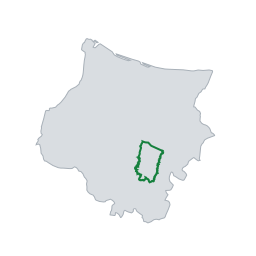 location of Worodougou, Worodougou, Ivory Coast, rotated 204°
{"feature_id": "98640826B81277132888560", "entity_name": "Worodougou", "entity_type": "district", "adm_level": 2, "iso_a3": "CIV", "parent_name": "Ivory Coast", "parent_adm1": "Worodougou", "projection": "mercator", "projection_center": [-6.759, 8.427], "detail": "fine", "context": "in_parent", "style": "outline", "palette": "green", "viewbox_px": 256, "rotation_deg": 204, "n_neighbors": 0, "source": "geoboundaries", "source_scale": "gbopen_adm2", "svg_char_len": 7743}
<svg xmlns="http://www.w3.org/2000/svg" viewBox="0 0 256 256"><g transform="rotate(204 128 128)"><path d="M62.3,56.7L63.1,56.7L65.2,56.1L67.1,54.7L68.8,51.8L71.2,49.4L73.9,49.6L74.7,49.2L75.6,49.1L76.7,50.6L77.9,51.8L78.7,51.8L79.2,54.0L84.1,55.0L86.2,55.6L88.0,57.2L88.6,57.2L89.3,56.9L89.9,56.3L90.0,55.7L89.3,54.2L89.6,52.9L90.4,51.8L91.6,51.7L93.5,51.4L95.7,51.4L97.3,51.6L97.9,50.4L97.3,47.1L97.5,45.3L97.8,43.8L98.4,43.2L100.8,45.1L103.0,45.8L104.6,45.8L105.0,45.5L104.3,43.4L104.5,42.7L105.1,42.4L106.1,42.2L109.0,41.3L109.2,41.5L109.8,44.8L109.5,45.9L110.1,48.1L110.9,50.2L110.8,51.0L110.2,52.3L109.5,53.5L109.6,54.0L110.7,54.8L112.8,55.6L115.1,55.8L116.3,54.6L117.6,53.6L118.5,52.7L118.8,51.4L120.2,50.5L124.2,49.3L127.9,49.1L128.8,49.5L130.5,51.3L132.6,52.5L135.9,52.4L138.2,53.1L140.3,54.5L141.6,57.6L143.1,59.9L143.8,63.1L146.1,64.7L148.0,65.5L150.5,67.8L153.0,69.0L155.7,68.7L157.0,69.9L159.0,70.8L161.0,70.8L162.7,68.2L165.0,67.1L170.9,65.0L173.2,64.0L175.6,63.4L181.2,63.2L186.5,63.9L189.1,64.4L190.9,64.0L192.5,65.3L194.3,67.9L195.7,68.8L197.2,69.7L198.3,71.8L199.5,73.9L200.2,74.8L201.8,76.8L203.2,76.9L204.5,76.0L205.1,75.3L205.3,76.7L204.8,78.9L204.9,80.2L205.7,80.8L205.3,82.5L203.7,85.5L203.7,87.2L205.2,87.8L206.3,89.7L207.0,92.9L207.7,93.9L207.7,94.6L208.8,102.3L210.2,110.1L209.3,111.1L208.1,111.4L207.3,111.7L207.1,112.4L207.6,113.5L207.3,114.5L205.8,115.1L202.5,117.6L202.3,118.6L201.5,120.7L200.7,121.9L199.7,124.3L198.0,130.6L197.4,135.8L197.3,137.4L196.6,138.5L195.9,140.1L192.3,144.5L190.5,148.2L190.8,149.7L190.8,151.3L190.3,152.5L190.4,155.5L190.8,158.1L191.5,160.6L194.0,167.7L195.4,172.1L196.2,175.6L196.9,177.9L197.6,178.8L197.9,179.7L201.7,180.4L202.4,180.9L203.5,185.4L203.3,187.5L202.5,188.3L202.6,190.0L202.4,192.2L201.8,193.0L199.7,193.1L198.3,193.9L196.4,193.6L196.2,193.1L195.2,192.9L192.3,191.7L192.8,187.7L191.5,187.6L190.5,188.1L188.5,192.8L187.5,193.6L173.4,191.2L170.3,189.2L166.7,188.8L160.3,189.0L155.0,189.6L153.5,190.8L166.8,190.1L168.2,190.2L168.9,190.9L152.1,192.5L145.7,193.4L143.8,193.2L142.3,191.6L135.3,191.5L133.9,192.0L133.0,193.1L135.8,192.8L140.1,192.8L141.3,193.6L127.7,194.7L118.3,196.9L114.3,198.4L101.2,203.6L93.2,206.0L91.1,206.9L87.5,209.5L82.8,211.1L77.5,214.0L74.3,214.7L73.6,213.8L73.5,208.7L73.1,202.0L73.3,199.4L73.7,197.0L73.7,195.0L75.3,194.2L75.7,193.4L76.0,190.8L77.4,188.4L77.5,184.2L77.9,183.3L78.3,182.2L77.6,179.5L76.8,174.4L76.4,174.0L76.0,174.3L75.2,174.4L71.9,172.6L69.3,172.3L67.6,170.7L67.4,169.0L66.6,168.0L66.0,166.0L65.1,163.7L62.6,162.3L60.2,162.0L58.5,162.3L56.6,162.2L54.3,161.4L52.8,160.5L51.3,158.9L49.9,157.5L48.9,157.7L47.5,157.4L46.2,156.8L45.8,156.3L51.3,150.9L53.1,148.3L53.3,146.7L53.3,145.1L53.9,143.5L54.1,140.9L51.1,131.7L50.3,128.9L49.5,128.1L49.0,127.8L50.5,126.6L52.6,126.9L55.8,127.8L56.5,126.9L59.0,122.3L58.9,120.5L58.7,119.3L60.1,116.2L61.2,114.9L61.8,113.6L61.6,111.8L60.8,111.1L59.6,111.2L58.3,110.8L56.2,109.8L55.2,108.8L55.5,104.6L55.7,103.3L56.4,102.6L57.5,102.4L60.7,102.2L63.3,102.7L65.6,103.0L66.8,103.0L67.8,104.2L69.1,105.5L70.3,105.5L70.7,104.6L70.4,100.4L69.6,98.2L67.9,96.1L63.4,94.3L63.3,91.8L63.7,89.0L64.7,88.0L68.1,86.3L67.5,85.3L66.4,84.3L64.3,83.3L64.8,80.0L64.9,77.1L63.1,77.4L61.2,77.6L59.7,76.7L58.4,74.9L58.1,70.0L58.1,64.4L57.9,61.9L58.4,60.5L60.0,59.3L61.7,57.7L62.3,56.7ZM194.5,193.7L193.8,194.8L190.2,194.1L191.1,193.2L194.5,193.7Z" fill="#d9dde1" stroke="#a8b0b8" stroke-width="1"/><path d="M87.2,116.1L87.2,116.3L87.0,116.5L87.0,116.8L87.2,117.3L87.1,117.8L86.9,117.9L86.7,118.0L86.4,118.3L86.3,118.7L86.2,118.9L85.9,119.0L85.8,119.3L85.9,119.7L86.1,119.6L86.6,119.6L86.8,119.7L86.9,119.8L87.0,119.9L86.9,120.1L87.0,120.3L87.0,120.8L86.8,121.0L86.9,121.3L87.7,121.3L89.1,121.1L99.3,121.2L99.9,121.3L103.5,122.9L106.1,122.0L107.0,121.8L109.0,121.7L108.9,121.6L109.1,121.3L109.0,120.8L109.1,120.6L109.0,120.1L109.0,119.8L109.1,119.6L109.1,119.0L109.3,118.6L109.1,118.0L109.0,117.5L109.1,117.1L109.4,116.7L109.5,116.4L109.3,116.3L108.7,115.6L108.3,115.6L108.1,115.3L108.0,115.0L108.0,114.8L107.9,114.6L107.9,114.1L107.7,112.6L107.7,112.1L107.5,111.1L107.5,110.6L107.1,109.7L106.8,109.4L106.7,108.9L106.7,108.6L106.6,108.1L106.7,107.8L106.7,107.3L106.7,106.8L106.6,106.4L106.7,106.0L106.4,105.9L106.5,105.8L106.6,105.7L106.8,105.5L106.5,105.5L106.2,105.4L106.5,105.1L106.2,104.5L105.6,104.3L105.2,104.3L104.9,104.4L104.9,104.0L104.8,103.9L104.9,103.7L104.4,103.4L104.5,103.1L104.5,102.9L104.4,102.6L103.8,102.5L103.7,102.4L103.6,102.2L103.8,101.9L104.0,101.7L104.1,101.8L104.2,102.0L104.3,102.1L104.4,101.8L104.6,101.8L104.7,101.4L104.4,101.1L104.4,100.6L104.3,100.2L104.1,100.2L104.1,100.4L103.9,100.2L104.0,100.0L104.3,99.9L104.1,99.7L104.4,99.4L104.1,99.0L104.2,98.7L103.7,99.0L103.4,99.1L103.4,98.8L103.5,98.7L103.8,98.5L104.1,98.4L104.1,98.0L103.8,97.8L103.9,97.6L103.6,97.4L103.5,97.5L103.4,97.6L103.4,97.4L103.3,97.2L103.7,97.3L103.9,97.1L104.1,97.1L104.1,96.9L103.6,96.8L103.6,96.7L103.8,96.2L104.0,96.2L104.0,96.4L104.1,96.5L104.2,96.3L104.2,96.1L104.3,96.1L104.4,96.4L104.6,96.3L104.8,96.4L104.8,96.2L104.5,96.2L104.8,96.0L104.9,95.7L104.9,95.2L105.3,95.0L105.3,94.9L105.0,94.8L105.0,94.7L105.3,94.4L105.2,94.1L104.8,93.9L104.8,93.7L104.6,93.5L104.3,93.5L104.2,93.9L104.0,94.1L103.9,94.0L103.8,93.9L103.6,93.8L103.6,93.7L103.4,93.4L103.1,93.4L103.3,93.2L103.5,93.4L103.6,93.0L103.5,92.9L103.3,92.7L103.2,92.3L103.0,92.5L103.0,92.3L102.5,91.8L102.0,91.7L101.8,91.4L101.5,91.5L101.4,91.4L101.2,91.2L101.0,90.9L101.2,90.7L101.1,90.4L101.0,90.2L100.8,90.2L100.7,90.0L100.4,90.5L100.3,90.4L100.3,90.2L99.7,90.4L99.6,90.5L99.3,90.7L99.2,90.6L99.2,90.4L98.7,90.2L98.6,90.4L98.4,90.3L98.2,90.2L98.0,90.4L98.0,90.5L97.9,90.6L97.7,90.7L97.4,90.7L97.3,90.3L97.1,90.3L97.2,90.0L97.1,89.7L96.8,89.5L96.9,89.3L97.0,89.3L97.2,89.1L97.3,89.2L97.2,89.0L97.0,88.9L97.0,88.7L96.9,88.5L97.0,88.3L96.9,88.1L97.2,87.5L97.2,87.2L97.1,86.8L97.1,86.3L97.2,85.8L97.0,85.6L96.9,85.6L96.6,85.3L96.2,85.2L95.6,85.2L95.3,85.6L94.8,85.6L94.4,85.8L94.3,86.0L94.0,86.1L93.8,86.4L93.5,86.6L93.1,86.4L92.8,86.4L92.5,86.4L92.0,86.6L91.8,87.0L91.7,87.5L91.8,87.6L91.7,87.7L91.6,87.8L91.6,88.0L91.6,88.3L91.5,88.8L91.6,89.3L91.6,89.9L91.7,90.0L91.2,90.0L91.1,89.7L90.5,89.2L90.1,89.4L89.9,89.4L89.7,89.3L89.4,89.2L88.9,89.3L88.7,89.4L88.0,89.0L87.9,88.8L87.7,88.7L87.6,88.3L87.1,87.7L86.3,87.3L86.1,87.2L85.8,87.5L85.6,87.8L85.4,88.0L85.1,88.5L85.0,88.4L84.9,88.4L84.7,88.6L84.4,89.2L84.3,89.3L84.3,89.6L84.0,89.8L83.6,89.7L83.4,89.7L83.1,89.6L82.9,89.8L82.9,90.0L82.9,90.3L83.0,90.5L83.3,90.7L83.2,91.3L83.3,91.5L83.3,91.8L83.2,91.8L83.1,91.6L83.0,91.8L83.1,92.0L83.4,92.1L83.4,92.3L83.4,92.7L83.7,92.7L83.8,92.7L83.8,92.9L83.7,93.0L83.4,93.2L83.4,93.3L83.5,93.3L83.7,93.7L83.8,93.8L83.6,94.0L83.8,94.4L84.0,94.4L84.0,94.5L83.9,94.7L83.7,94.8L83.6,95.2L83.8,95.6L83.7,95.7L83.7,95.8L83.5,96.1L83.6,96.3L83.6,96.5L83.4,97.0L83.4,97.5L83.2,97.9L83.4,98.0L83.3,98.4L83.3,98.6L83.1,98.8L83.4,98.7L83.5,98.8L83.6,99.0L83.6,99.5L83.2,99.5L83.5,99.8L83.4,99.6L83.6,99.6L83.7,99.8L83.6,100.0L83.6,100.3L83.6,100.5L83.9,100.6L84.2,101.0L84.2,101.3L84.0,101.6L84.4,102.0L84.7,102.1L84.7,102.3L84.8,102.8L84.5,103.0L84.4,103.1L84.5,103.4L84.8,103.4L84.7,103.6L84.8,103.9L84.6,103.9L84.9,104.0L85.0,104.1L85.0,104.4L85.1,104.6L85.0,105.0L85.0,105.3L85.5,105.6L85.2,105.8L85.2,106.0L85.5,106.3L86.0,106.5L86.2,106.8L86.4,107.0L86.3,107.3L85.8,107.4L85.6,107.4L85.4,107.5L85.9,107.9L85.9,108.2L86.1,108.9L86.1,109.0L85.5,109.3L85.4,109.4L85.7,109.6L85.9,109.8L85.9,110.0L86.1,110.1L86.3,110.5L86.6,110.8L86.7,111.0L86.2,111.3L86.2,111.6L86.2,111.8L86.5,112.1L86.9,112.8L86.7,113.1L86.3,113.4L86.2,113.6L86.4,113.9L86.4,114.4L86.5,114.5L86.9,114.8L86.6,115.1L86.7,115.3L87.1,115.7L87.2,116.1Z" fill="none" stroke="#15803d" stroke-width="2"/></g></svg>